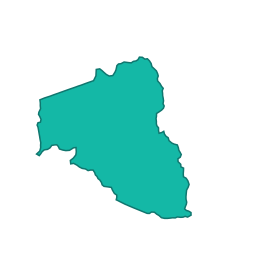 Itarana, Espírito Santo, Brazil (Mercator projection), rotated 293°
{"feature_id": "56859067B16388217553229", "entity_name": "Itarana", "entity_type": "district", "adm_level": 2, "iso_a3": "BRA", "parent_name": "Brazil", "parent_adm1": "Espírito Santo", "projection": "mercator", "projection_center": [-40.89, -19.955], "detail": "fine", "context": "isolated", "style": "filled", "palette": "teal", "viewbox_px": 256, "rotation_deg": 293, "n_neighbors": 0, "source": "geoboundaries", "source_scale": "gbopen_adm2", "svg_char_len": 2266}
<svg xmlns="http://www.w3.org/2000/svg" viewBox="0 0 256 256"><g transform="rotate(293 128 128)"><path d="M72.4,220.1L74.8,219.0L75.2,216.3L74.9,214.0L75.7,211.7L78.4,211.5L80.6,211.5L82.7,211.0L85.0,209.3L87.4,208.2L90.5,207.2L93.7,206.2L97.0,206.5L99.9,206.3L102.8,203.7L104.5,201.1L104.8,198.1L107.6,196.7L110.3,195.8L112.8,194.8L112.9,191.9L115.2,190.7L116.6,187.2L119.2,186.0L121.5,187.5L124.4,187.4L126.1,185.3L127.4,183.5L129.6,182.0L131.7,180.0L131.2,176.7L131.3,174.1L132.4,170.7L134.8,168.7L135.2,166.3L136.6,164.0L138.9,162.2L137.1,160.9L135.3,158.7L137.4,157.2L140.1,156.0L141.4,153.6L143.1,152.4L145.1,151.6L147.7,150.1L149.7,149.7L152.5,148.6L155.0,150.3L157.7,152.0L160.1,152.9L162.4,152.7L164.0,150.8L166.9,150.1L169.4,148.6L171.3,147.3L173.6,146.2L175.6,145.0L178.3,144.9L179.4,142.7L181.4,140.1L182.9,136.9L185.0,135.7L187.7,135.5L189.5,134.1L191.6,131.9L192.6,129.4L193.8,126.1L196.5,124.0L198.2,121.5L199.3,118.8L198.0,116.6L198.7,113.6L197.7,110.8L194.8,110.5L192.9,109.2L191.4,106.9L189.2,105.5L188.3,102.5L187.2,98.6L184.5,96.4L183.2,94.2L181.1,93.4L177.0,94.2L174.6,94.2L172.6,93.9L170.3,93.5L168.5,90.4L168.8,87.2L169.8,84.1L170.7,81.6L171.4,78.9L169.5,75.9L163.5,78.1L158.1,77.8L153.1,72.3L151.3,70.4L149.1,68.1L147.3,66.0L144.4,62.9L140.8,58.9L129.2,46.3L126.9,43.9L123.1,39.5L119.5,35.9L116.8,37.5L114.1,38.6L111.6,40.0L107.7,39.8L105.6,40.3L104.2,42.2L101.9,44.6L99.1,45.1L97.7,43.1L95.2,43.2L93.5,44.9L90.0,47.2L88.1,48.4L85.8,49.9L82.9,51.7L80.3,53.5L78.1,54.2L75.8,55.3L72.3,55.8L68.3,54.0L67.9,57.1L70.0,57.7L72.6,58.2L75.2,59.5L76.9,62.3L79.3,64.0L82.2,64.6L83.7,67.0L84.7,69.0L83.8,71.0L81.9,73.1L82.2,76.5L82.9,79.6L84.6,82.9L88.5,85.6L89.7,87.8L85.8,89.7L82.9,90.5L79.0,89.5L75.6,87.6L72.6,89.3L74.2,91.8L73.9,95.4L73.1,98.5L72.9,101.6L73.7,104.9L73.2,107.9L74.7,110.0L75.6,112.3L73.9,114.8L72.1,116.3L71.3,118.4L69.7,120.2L69.1,122.4L67.5,124.8L65.6,126.4L64.9,128.7L65.9,132.3L66.8,135.9L64.8,137.9L62.4,141.1L61.9,143.8L59.8,144.8L57.3,145.2L56.7,155.3L56.7,163.8L56.9,179.0L57.7,181.1L59.8,182.4L60.8,185.2L59.9,188.1L59.6,190.6L58.5,193.8L59.1,197.0L60.3,199.8L61.7,202.3L62.8,204.2L63.7,206.6L65.4,208.2L66.4,211.5L67.5,213.6L69.0,215.1L69.3,217.7L72.4,220.1Z" fill="#14b8a6" stroke="#0f766e" stroke-width="1.5"/></g></svg>